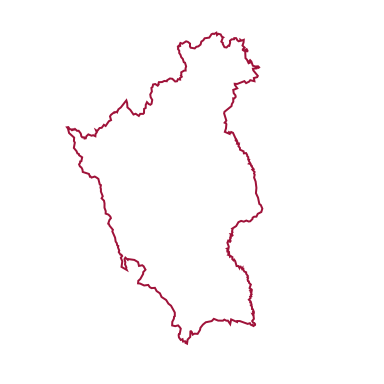 outline of Rionegro, Antioquia, Colombia, rotated 343°
{"feature_id": "7082276B44493492234121", "entity_name": "Rionegro", "entity_type": "district", "adm_level": 2, "iso_a3": "COL", "parent_name": "Colombia", "parent_adm1": "Antioquia", "projection": "equal_earth", "projection_center": [-75.409, 6.146], "detail": "fine", "context": "isolated", "style": "outline", "palette": "rose", "viewbox_px": 384, "rotation_deg": 343, "n_neighbors": 0, "source": "geoboundaries", "source_scale": "gbopen_adm2", "svg_char_len": 5986}
<svg xmlns="http://www.w3.org/2000/svg" viewBox="0 0 384 384"><g transform="rotate(343 192 192)"><path d="M221.9,48.2L220.9,49.0L221.0,50.2L220.4,51.1L221.1,53.2L220.4,55.4L221.1,57.4L221.1,59.9L222.1,62.0L222.1,65.5L223.1,66.3L223.1,70.2L222.0,71.8L221.4,74.0L220.0,73.6L216.7,74.4L215.9,77.3L215.5,77.4L215.9,78.8L213.8,79.5L213.5,81.0L211.5,80.0L210.1,81.7L208.2,81.4L206.3,78.0L204.1,77.0L200.8,77.9L200.3,78.7L198.0,77.7L195.5,78.1L192.4,77.3L191.5,78.7L191.6,79.4L190.3,80.3L188.4,78.0L186.2,77.8L185.0,80.0L183.6,80.6L183.0,84.2L180.6,86.5L180.2,89.3L180.9,92.3L179.1,95.8L177.7,96.4L176.3,95.2L175.2,92.9L173.2,95.2L172.3,98.1L170.5,98.5L169.2,102.4L168.2,103.0L165.3,102.1L163.4,103.7L161.0,100.7L158.7,100.8L157.0,95.4L155.0,92.2L156.0,87.8L156.0,85.2L148.7,90.3L145.8,91.4L143.8,93.7L143.6,93.1L141.1,93.5L140.9,93.0L137.1,94.5L135.7,95.7L135.6,99.6L133.2,100.0L128.7,103.6L127.4,102.0L124.4,104.2L122.3,103.8L119.2,106.0L118.2,104.8L118.4,107.1L116.7,108.4L115.9,110.4L114.1,108.8L112.4,108.8L109.7,106.6L107.2,107.9L106.1,109.6L104.8,109.4L104.7,108.1L103.1,107.7L102.5,106.4L102.7,103.5L101.5,100.3L100.0,99.9L98.5,97.5L97.8,97.9L96.7,97.2L96.1,97.9L95.2,97.8L94.7,96.7L93.5,96.2L92.7,93.8L91.4,93.6L91.9,95.0L91.7,99.7L95.2,105.5L94.0,108.7L94.4,110.5L91.9,115.3L93.5,119.2L93.7,121.6L94.9,122.6L94.8,123.9L97.1,126.7L95.2,130.2L94.0,130.1L93.5,131.4L92.1,132.5L92.3,134.7L93.4,136.3L93.8,138.4L93.4,140.9L98.7,144.6L98.9,147.4L99.4,147.3L100.1,148.8L103.5,148.8L105.1,150.5L106.3,152.1L106.0,157.8L106.9,158.8L105.7,161.1L105.8,162.4L105.0,165.0L105.4,170.0L103.7,171.6L105.3,174.6L105.0,177.3L103.7,181.5L103.9,185.0L103.1,187.4L105.5,189.2L106.7,191.6L106.8,193.3L104.8,194.7L102.6,197.8L103.2,198.4L103.3,200.1L105.3,205.0L104.3,206.4L105.1,213.2L104.5,217.1L105.1,218.9L104.9,221.2L105.7,222.1L105.0,223.3L105.3,226.8L104.4,228.0L105.3,231.1L106.1,231.3L106.5,232.8L104.7,234.1L105.1,237.9L102.7,243.0L106.8,247.4L106.6,245.7L107.2,244.9L106.8,241.6L107.7,239.7L107.8,236.5L109.1,235.3L110.8,238.1L111.4,237.5L117.0,240.1L119.9,243.3L119.7,247.2L123.0,247.5L124.0,248.9L124.8,252.7L121.9,254.4L121.3,256.1L117.1,260.1L114.7,261.2L113.7,263.6L115.6,264.4L118.9,267.4L123.0,268.1L123.8,270.7L125.2,272.1L128.5,272.8L129.2,276.4L131.7,279.5L132.2,283.5L135.7,287.7L136.8,291.9L138.7,294.6L140.3,302.2L139.3,305.7L138.4,306.0L137.6,307.9L135.2,310.4L134.0,313.8L136.7,315.4L139.7,315.5L140.7,317.6L141.3,319.4L138.7,324.2L138.0,324.0L137.4,324.9L137.0,327.3L138.0,330.2L139.9,330.0L139.7,332.4L141.8,332.7L142.2,333.2L141.7,334.4L142.9,335.6L144.7,331.8L147.9,330.1L149.7,324.9L150.3,324.8L150.9,326.0L151.0,328.6L153.0,328.2L155.9,329.3L159.3,326.3L160.4,324.3L163.7,322.0L167.1,320.6L173.1,321.2L175.8,319.7L179.4,322.6L183.9,324.1L185.6,323.5L187.2,325.1L188.7,325.5L189.9,329.5L192.2,325.3L197.1,329.5L197.5,328.6L200.0,329.4L206.7,334.4L209.0,334.4L209.3,336.0L211.3,337.8L211.5,337.2L212.4,337.9L213.4,337.6L213.7,336.8L213.2,335.5L212.3,334.9L211.8,333.0L214.1,331.4L214.6,328.7L214.2,326.6L214.9,327.1L215.2,325.1L215.8,325.6L216.1,324.9L215.9,321.9L215.2,321.5L215.8,319.1L215.2,317.5L216.0,317.3L216.1,314.7L215.5,314.5L216.0,313.7L214.9,311.6L217.0,310.5L217.0,309.1L218.2,309.1L218.2,307.6L219.1,307.2L218.9,306.5L219.8,304.7L218.9,305.0L218.8,304.5L219.8,303.6L219.1,303.0L220.3,302.4L219.0,300.7L221.2,297.7L220.0,295.5L220.2,294.1L219.5,293.5L219.6,291.8L220.5,290.7L220.0,289.7L220.9,288.8L219.9,286.0L220.3,284.6L218.9,283.5L218.3,281.8L218.6,280.6L217.6,280.5L218.0,279.4L217.3,279.8L216.7,277.7L216.0,278.0L215.5,277.4L215.1,278.2L214.7,276.4L213.0,275.9L213.1,270.7L212.5,269.0L211.7,269.5L210.9,267.9L211.6,266.1L210.4,264.7L209.4,265.0L209.5,263.6L208.4,262.8L209.3,262.4L209.7,260.8L208.9,261.0L209.3,259.5L208.4,259.2L208.6,258.4L209.7,257.8L208.9,256.4L210.6,256.3L211.2,255.0L211.0,250.9L211.9,249.8L213.0,250.3L212.8,249.3L213.7,249.6L214.0,250.5L214.6,250.1L214.3,248.4L215.1,247.9L215.2,246.8L215.8,246.9L216.1,245.4L217.1,245.5L216.7,243.9L218.0,244.6L217.9,243.2L219.0,242.3L218.8,241.2L219.9,239.5L219.6,238.8L224.3,237.5L227.6,234.4L230.5,234.0L232.9,235.5L235.6,235.2L237.6,236.8L239.1,237.0L241.9,235.5L242.5,234.3L244.2,233.8L246.4,234.4L248.5,232.1L252.4,231.4L254.4,228.5L254.0,224.6L252.9,223.1L253.5,216.7L252.8,211.8L254.8,206.9L255.9,200.6L255.6,196.3L257.0,193.8L256.7,192.4L257.7,191.2L256.3,188.3L257.6,188.1L256.8,186.1L256.8,184.4L256.2,184.1L256.3,182.5L254.9,181.6L256.0,181.1L255.4,178.7L256.1,177.8L255.3,177.2L256.0,175.1L255.3,173.8L255.6,172.8L255.1,170.6L252.9,170.2L253.2,168.2L250.3,165.6L250.7,163.7L249.8,161.8L250.8,160.2L249.6,159.3L250.6,158.9L249.5,158.1L250.1,156.8L249.8,155.2L249.1,155.9L248.8,155.5L249.4,154.3L248.5,147.4L247.0,146.1L246.2,146.8L245.1,145.8L244.8,147.3L241.0,144.1L243.1,141.1L244.7,137.2L244.6,136.3L243.5,135.3L245.7,133.8L245.7,126.2L246.5,124.8L254.9,121.4L255.8,119.6L257.9,117.7L258.8,114.5L259.8,114.9L261.6,113.8L261.8,112.3L260.8,109.7L261.3,106.4L265.6,106.1L264.3,102.1L264.5,101.0L266.8,101.9L274.5,101.3L275.6,103.7L279.0,103.1L280.4,102.1L284.1,104.3L284.5,101.1L287.9,101.2L288.9,100.2L286.2,93.7L286.3,91.9L290.0,92.7L290.9,91.7L291.9,92.7L292.6,92.4L291.9,91.1L289.2,90.5L287.1,89.0L286.9,84.5L286.1,82.9L285.4,83.3L286.1,85.2L283.8,85.4L283.2,81.4L282.3,79.7L284.0,73.0L286.1,73.6L286.4,73.1L286.0,71.4L283.0,72.1L282.1,71.1L282.3,70.4L284.5,69.3L283.1,66.7L285.0,64.1L286.0,61.6L283.7,61.7L282.8,60.6L282.6,61.6L280.7,61.5L279.8,60.3L279.2,57.8L277.4,57.2L276.9,58.2L274.5,57.6L272.5,58.5L272.1,60.4L270.4,63.1L269.7,62.6L267.3,63.9L265.4,63.0L264.7,59.4L265.1,58.5L264.0,56.8L266.2,54.0L266.2,53.2L266.9,53.1L265.9,52.0L265.5,49.7L263.4,48.4L261.8,49.2L261.9,46.8L259.3,47.4L258.4,46.7L256.8,46.8L253.7,49.4L249.0,48.7L247.2,50.2L244.9,50.9L243.3,53.5L240.6,54.6L238.6,54.4L236.6,55.5L232.9,53.6L232.6,52.2L233.5,49.5L231.9,47.2L230.4,46.2L226.2,47.4L224.5,46.1L223.6,47.1L223.3,49.7L222.9,48.6L221.9,48.2Z" fill="none" stroke="#9f1239" stroke-width="2"/></g></svg>